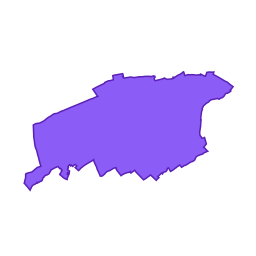 outline of Bunesti-Averesti, Vaslui, Romania, rotated 265°
{"feature_id": "2599482B4031189184546", "entity_name": "Bunesti-Averesti", "entity_type": "district", "adm_level": 2, "iso_a3": "ROU", "parent_name": "Romania", "parent_adm1": "Vaslui", "projection": "orthographic", "projection_center": [27.962, 46.8], "detail": "fine", "context": "isolated", "style": "filled", "palette": "violet", "viewbox_px": 256, "rotation_deg": 265, "n_neighbors": 0, "source": "geoboundaries", "source_scale": "gbopen_adm2", "svg_char_len": 5588}
<svg xmlns="http://www.w3.org/2000/svg" viewBox="0 0 256 256"><g transform="rotate(265 128 128)"><path d="M160.0,236.3L162.8,233.1L165.0,231.0L166.2,228.8L169.1,224.8L171.0,222.1L172.6,219.7L173.8,217.7L175.3,218.0L176.3,218.4L176.3,217.9L176.3,217.3L176.1,217.2L176.3,216.9L176.3,216.1L176.5,215.7L176.4,215.1L176.6,214.6L176.8,213.5L176.7,213.3L176.5,212.1L176.6,211.7L176.6,211.4L174.9,210.6L174.2,210.4L173.8,210.0L173.1,209.8L172.9,209.7L172.8,209.3L174.8,206.0L175.4,204.9L174.4,204.6L174.6,204.2L174.8,203.4L174.8,201.0L174.9,199.5L175.3,198.4L175.4,197.5L175.6,195.9L175.6,193.9L175.9,193.0L175.9,192.4L175.8,191.6L175.6,191.1L175.4,190.3L175.4,189.9L175.2,189.4L176.3,189.0L179.1,188.3L179.0,187.7L178.2,186.9L177.6,185.5L177.1,184.8L176.6,183.5L176.2,182.2L175.3,180.6L174.5,178.8L174.4,178.4L174.8,177.3L174.7,177.2L173.6,177.8L173.5,177.5L173.3,177.0L173.3,176.8L173.3,176.4L173.3,175.8L173.2,175.6L173.1,175.2L173.1,171.8L173.1,171.4L173.9,169.6L174.6,168.7L174.7,168.4L174.2,167.9L174.0,166.9L173.9,166.3L173.7,165.7L173.7,165.2L173.4,163.9L173.3,163.0L173.2,162.1L172.8,159.7L172.8,159.1L173.5,158.7L174.4,158.5L174.6,158.6L175.3,158.5L175.9,158.8L176.1,158.8L176.3,159.4L177.2,159.3L177.7,157.9L177.3,156.2L177.2,155.2L177.3,154.8L177.5,154.5L177.7,153.7L177.7,152.2L177.8,151.1L177.9,150.0L177.9,148.0L177.8,147.7L177.9,147.3L177.8,145.6L178.0,144.6L178.1,143.3L177.9,142.5L177.8,139.7L177.7,139.3L177.7,138.9L177.7,138.3L178.0,137.4L178.1,137.0L178.6,134.9L178.5,133.7L178.4,133.4L178.4,132.9L178.3,131.1L178.1,128.2L179.6,127.2L179.7,127.6L179.8,127.9L181.1,127.8L182.6,127.4L181.8,118.6L181.5,117.4L179.3,117.6L177.3,117.5L176.7,113.9L176.7,113.5L176.7,112.3L176.4,111.7L176.0,110.5L175.8,109.7L175.4,109.0L175.2,108.7L174.6,108.3L174.2,107.5L171.6,100.6L169.7,96.3L167.0,97.8L163.4,99.8L162.2,100.7L161.7,98.8L160.3,94.8L160.3,94.4L160.1,93.8L160.1,93.6L160.0,93.0L157.5,85.5L153.2,71.7L151.0,65.1L150.6,63.4L149.9,61.4L149.0,59.3L148.8,58.7L148.7,57.1L148.7,56.3L148.5,55.4L148.0,54.3L147.4,53.3L146.7,52.2L146.2,50.9L145.0,48.6L144.5,47.9L143.6,46.6L142.4,44.8L142.2,44.3L141.7,43.2L141.3,42.1L140.7,40.6L140.6,40.2L140.5,37.6L140.4,36.7L140.2,36.0L139.7,34.9L139.2,33.9L134.4,33.7L132.5,33.6L132.1,33.5L131.6,33.6L126.9,33.3L125.3,33.5L120.2,33.7L117.7,33.9L115.8,34.3L113.2,35.2L112.1,35.2L111.4,35.4L109.1,35.7L106.5,36.3L104.0,36.6L101.9,37.0L98.5,37.6L97.4,37.9L96.8,35.0L96.8,34.7L96.6,34.2L94.8,31.5L94.0,30.6L93.3,29.5L92.6,28.5L92.3,26.9L92.0,24.6L91.6,23.0L91.5,22.5L91.4,22.3L90.6,22.2L90.2,21.8L89.7,21.9L89.2,21.9L86.9,21.5L85.2,20.8L82.7,20.2L82.2,19.7L80.1,21.3L79.5,21.6L78.9,22.2L74.6,25.0L75.2,25.3L76.3,26.1L78.0,27.0L79.2,28.2L79.6,28.8L79.9,29.7L79.9,29.8L79.9,30.1L80.2,30.5L80.8,31.6L81.2,32.3L80.9,32.5L81.0,33.0L81.5,32.9L81.4,33.1L81.6,33.7L81.7,34.5L82.0,35.4L82.3,35.7L82.5,36.0L82.5,36.8L82.7,37.2L83.3,37.9L83.6,38.0L83.9,38.2L84.7,38.6L85.6,38.9L86.9,40.5L87.7,41.1L88.0,41.7L88.4,43.6L88.9,44.5L89.3,45.3L90.0,45.8L90.7,46.2L91.2,46.7L91.7,46.9L92.3,47.5L92.8,47.5L93.0,47.7L93.2,48.0L93.5,49.0L94.7,51.7L95.0,52.7L95.3,53.6L95.4,54.1L95.7,55.0L93.6,56.4L93.7,56.6L93.4,56.8L93.6,57.2L93.6,57.3L92.1,58.4L92.0,58.1L91.7,57.9L91.2,58.4L90.1,57.6L89.0,56.9L87.8,55.9L87.5,56.0L85.5,58.1L84.4,59.0L83.0,60.8L82.6,61.4L82.0,62.9L82.8,63.0L83.4,63.2L86.3,64.7L87.2,63.4L87.7,63.7L86.8,65.0L87.6,65.4L88.2,64.4L88.7,63.9L89.0,64.1L88.5,64.7L88.1,65.5L88.8,65.6L90.2,66.0L90.7,65.4L91.9,64.1L93.0,64.8L93.1,64.7L94.1,65.3L94.7,64.8L96.5,66.4L95.2,67.6L96.1,68.1L94.5,69.7L95.4,70.5L95.6,71.0L95.8,71.3L96.3,72.2L94.7,73.7L94.2,73.3L93.6,72.4L93.2,71.9L89.9,75.0L90.4,75.8L91.9,77.3L92.4,78.0L92.7,78.3L92.8,78.7L93.8,80.0L95.6,83.3L98.0,88.4L98.4,89.3L98.9,90.0L99.4,91.0L98.4,91.0L97.8,91.1L97.3,91.4L96.0,91.7L92.3,93.1L90.8,93.5L90.0,93.6L89.0,93.9L83.5,95.9L82.8,96.0L82.5,96.1L82.4,97.0L82.3,97.6L82.4,97.9L82.7,98.6L84.2,100.8L85.0,101.5L86.1,102.7L86.7,104.2L87.0,104.7L87.0,105.5L87.2,106.4L87.6,106.9L88.0,107.9L89.2,110.2L89.5,112.6L88.9,112.9L88.7,112.7L88.1,112.6L86.8,113.2L85.0,114.4L81.1,116.9L81.5,117.5L82.2,118.9L82.9,120.6L83.5,122.8L83.6,123.5L83.7,125.1L83.8,125.5L84.2,126.2L84.4,126.4L82.9,127.0L85.3,131.0L83.4,132.1L75.0,139.0L75.3,139.5L76.0,141.1L77.7,143.8L78.6,145.4L79.0,146.0L79.3,146.2L79.2,146.4L73.4,151.6L74.2,152.4L75.9,154.5L77.1,153.4L78.1,154.9L80.2,157.6L79.2,158.3L79.4,158.6L80.1,158.2L80.9,159.8L81.1,161.2L81.3,162.0L82.7,163.3L83.9,163.5L84.4,163.7L84.3,164.0L84.4,164.7L84.6,164.9L81.0,166.6L82.1,168.9L83.1,170.6L83.5,171.1L83.9,171.6L83.9,171.8L84.0,172.1L84.4,172.7L84.6,172.8L86.6,176.3L84.2,177.9L85.0,179.6L85.5,180.3L85.7,180.9L85.7,181.3L85.8,181.9L86.7,183.9L88.5,187.3L88.8,187.9L88.9,189.1L89.7,190.9L90.4,191.7L92.3,192.8L93.4,193.5L93.6,193.7L94.4,195.5L94.9,197.1L95.5,200.0L96.7,201.7L97.9,205.4L98.6,204.7L102.0,202.2L102.2,201.7L102.9,202.2L104.0,203.6L104.6,204.0L105.3,204.7L111.9,203.4L111.4,202.2L111.5,200.6L113.3,199.9L113.6,199.5L114.7,199.0L117.1,199.0L118.7,199.3L124.0,200.6L125.3,200.7L129.7,201.5L129.7,201.1L134.5,201.9L138.4,202.9L140.3,203.8L140.8,203.7L141.4,203.7L141.8,204.1L142.2,204.4L143.6,205.2L144.6,206.7L145.6,207.9L146.8,210.4L147.3,211.1L147.9,211.4L148.3,212.2L148.8,213.5L149.2,214.6L149.1,215.1L149.6,220.0L149.3,220.3L148.7,221.2L148.8,221.5L149.1,221.8L149.8,223.3L150.0,224.0L150.0,224.7L151.3,226.4L152.9,227.6L153.7,228.3L154.1,228.9L154.0,230.3L154.1,230.5L154.5,230.9L154.6,231.8L155.0,232.2L155.2,232.8L155.7,233.2L155.9,233.7L156.2,233.7L156.9,233.1L157.8,234.3L160.0,236.3Z" fill="#8b5cf6" stroke="#5b21b6" stroke-width="1.5"/></g></svg>